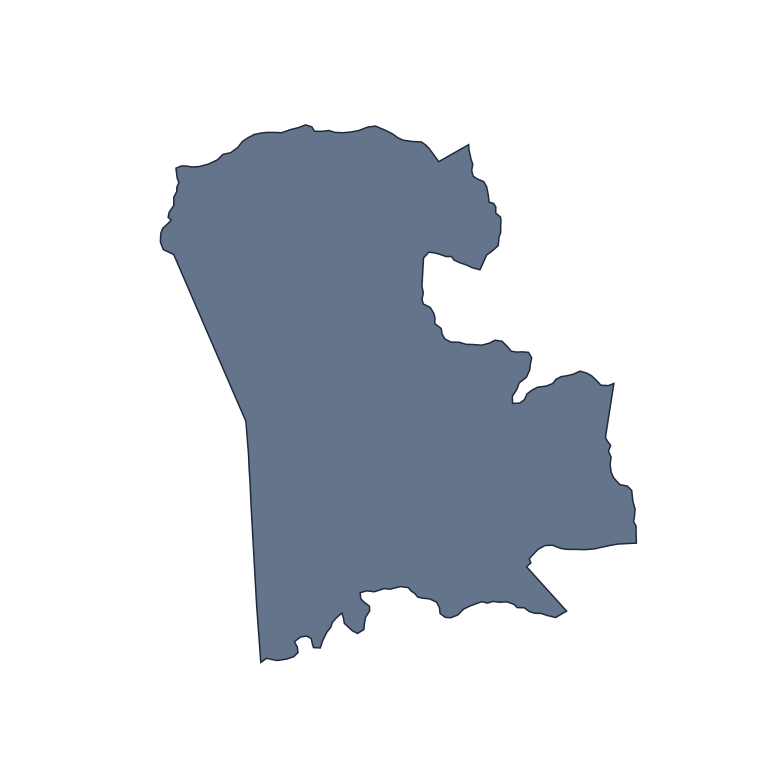 outline of Uruoca, Ceará, Brazil, rotated 249°
{"feature_id": "56859067B73687769922526", "entity_name": "Uruoca", "entity_type": "district", "adm_level": 2, "iso_a3": "BRA", "parent_name": "Brazil", "parent_adm1": "Ceará", "projection": "equal_earth", "projection_center": [-40.696, -3.323], "detail": "fine", "context": "isolated", "style": "filled", "palette": "slate", "viewbox_px": 768, "rotation_deg": 249, "n_neighbors": 0, "source": "geoboundaries", "source_scale": "gbopen_adm2", "svg_char_len": 3207}
<svg xmlns="http://www.w3.org/2000/svg" viewBox="0 0 768 768"><g transform="rotate(249 384 384)"><path d="M145.0,562.6L155.5,566.3L161.1,568.4L166.1,567.7L170.5,570.3L177.2,573.6L185.2,574.3L190.2,575.6L195.9,577.1L201.6,574.5L205.4,568.3L210.0,566.3L214.6,564.7L220.2,564.5L227.7,566.2L234.3,569.8L240.7,569.4L245.5,573.6L250.3,572.2L254.5,571.5L265.6,577.8L302.1,598.8L302.1,592.8L305.2,586.0L312.4,583.1L317.3,580.7L321.4,577.3L325.8,571.6L325.3,564.1L326.1,558.0L327.4,552.0L326.8,546.4L324.0,541.7L323.9,535.0L326.0,526.1L325.1,519.2L323.4,513.7L319.2,509.8L317.5,503.9L319.8,497.1L326.5,499.4L331.5,506.2L336.5,510.5L339.2,519.3L345.1,525.2L350.2,527.8L355.5,531.3L361.8,530.2L364.5,524.5L366.2,519.3L369.1,514.5L375.2,512.4L381.6,509.5L385.1,503.3L384.4,497.1L385.2,489.2L389.2,480.7L391.6,474.9L396.0,469.2L399.3,461.3L404.4,456.9L410.0,456.2L415.3,457.3L422.3,453.0L427.1,455.2L432.4,455.8L439.0,454.5L444.5,449.4L449.4,449.8L454.8,453.3L461.8,454.5L487.5,466.1L491.0,473.1L488.0,478.7L484.5,483.2L480.7,487.7L478.8,492.7L474.6,493.8L470.0,498.3L465.3,503.9L461.0,508.0L456.2,514.5L462.0,520.4L467.6,526.0L469.5,532.9L472.3,540.3L479.4,543.7L483.8,547.3L490.0,549.7L493.9,551.5L498.1,552.6L503.5,549.6L509.2,551.8L513.2,551.1L516.2,547.3L522.8,549.0L531.0,550.5L537.1,549.7L541.9,544.7L546.0,541.7L552.0,542.4L557.3,545.6L562.5,545.8L566.9,546.5L572.4,547.3L577.1,548.8L572.0,514.8L587.8,510.5L592.5,508.4L596.6,505.6L600.1,497.7L604.9,489.0L609.2,485.0L614.3,481.7L620.2,476.4L627.9,468.4L629.7,460.7L629.7,450.9L631.3,442.6L633.4,435.4L636.7,428.0L640.4,423.5L642.0,416.9L645.0,409.6L649.9,408.8L654.0,403.7L654.0,396.3L655.0,387.7L655.3,378.5L658.2,371.7L661.0,364.4L662.4,358.8L663.5,352.2L662.6,345.2L661.1,338.6L657.3,332.4L654.9,323.7L656.1,315.9L653.0,308.8L652.2,298.8L653.2,289.6L655.3,282.8L658.2,277.8L660.2,273.0L660.0,267.1L654.5,265.7L650.4,264.7L645.5,264.7L642.1,261.2L638.0,259.5L633.7,254.7L626.0,251.7L621.4,245.0L617.0,242.2L613.2,244.1L610.9,239.0L608.8,233.4L604.7,229.6L596.6,226.1L588.6,226.1L580.2,234.1L480.7,238.2L398.7,241.7L365.9,232.0L352.6,227.5L345.7,225.4L340.3,223.7L316.2,215.7L223.1,185.8L168.2,169.2L170.0,176.0L166.7,181.1L164.1,185.2L162.1,194.4L161.7,201.8L164.1,207.5L169.5,208.8L175.5,208.0L177.7,215.4L176.4,221.6L172.3,224.8L167.2,224.0L163.2,223.7L160.4,229.9L165.6,234.1L169.5,238.1L173.0,242.0L175.9,247.1L179.9,250.3L183.1,256.5L185.2,262.6L180.7,262.4L174.8,261.2L170.5,263.3L165.0,266.0L160.6,269.8L161.9,277.2L166.7,279.5L172.7,283.1L177.3,289.3L181.8,290.8L187.4,287.3L191.8,285.4L197.7,286.9L197.1,293.7L193.5,300.5L192.9,310.9L190.2,316.2L189.1,326.5L185.2,333.7L181.0,335.1L177.3,337.7L172.9,339.2L170.1,343.5L167.0,349.6L161.5,354.9L155.3,355.6L149.6,354.1L144.1,357.6L141.9,362.4L141.9,370.0L145.3,377.7L145.9,384.7L145.9,390.7L145.7,397.3L142.4,402.0L141.9,408.1L138.9,413.4L136.6,420.7L131.7,426.4L127.5,428.2L124.8,434.8L119.6,438.0L115.9,442.7L113.5,448.4L109.5,453.3L104.5,460.5L106.5,473.1L162.2,451.6L164.5,457.1L168.8,456.9L174.4,468.4L175.5,476.4L173.1,483.5L167.2,490.0L164.3,495.0L161.0,503.3L157.3,512.4L154.7,521.1L153.8,527.3L152.3,537.1L150.7,545.2L145.0,562.6Z" fill="#64748b" stroke="#1e293b" stroke-width="1.5"/></g></svg>